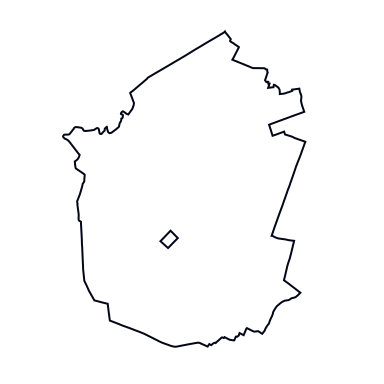 Ghiroda, Timis, Romania (Albers equal-area conic projection), rotated 173°
{"feature_id": "2599482B97813764810262", "entity_name": "Ghiroda", "entity_type": "district", "adm_level": 2, "iso_a3": "ROU", "parent_name": "Romania", "parent_adm1": "Timis", "projection": "albers", "projection_center": [21.315, 45.786], "detail": "fine", "context": "isolated", "style": "outline", "palette": "ink", "viewbox_px": 384, "rotation_deg": 173, "n_neighbors": 0, "source": "geoboundaries", "source_scale": "gbopen_adm2", "svg_char_len": 5864}
<svg xmlns="http://www.w3.org/2000/svg" viewBox="0 0 384 384"><g transform="rotate(173 192 192)"><path d="M302.0,268.7L302.3,268.6L304.1,266.7L305.6,265.3L306.5,264.4L307.1,264.1L307.6,264.1L309.2,264.2L310.8,264.4L311.9,264.4L312.4,264.0L312.9,263.5L313.2,262.9L313.2,262.5L312.8,261.7L312.3,261.1L311.3,260.1L310.1,259.5L309.1,258.7L308.2,257.7L307.1,256.0L300.1,244.1L299.0,242.6L299.7,241.0L300.4,239.8L301.4,238.6L302.9,237.5L304.6,236.6L304.7,232.5L304.6,230.0L304.5,229.6L304.3,229.4L302.9,228.2L297.1,223.1L296.5,222.4L296.4,222.0L296.5,221.6L297.3,217.8L297.6,215.8L298.0,215.2L298.3,214.7L299.4,213.6L300.5,210.5L303.6,203.3L305.6,199.6L307.2,196.6L307.1,194.6L307.0,194.2L307.3,193.2L307.3,192.7L307.2,184.4L307.3,182.7L307.4,182.2L307.9,178.8L307.9,178.4L307.8,178.0L307.6,177.6L307.3,177.1L305.9,176.1L306.4,168.9L306.7,164.5L307.1,158.7L307.6,153.6L307.7,150.8L308.9,135.9L309.1,132.8L309.5,128.1L309.7,116.9L308.1,112.3L306.3,106.5L305.4,104.3L302.1,96.3L299.0,95.1L295.1,93.5L292.4,92.5L289.3,91.3L289.3,84.2L289.3,81.8L289.2,74.4L281.9,70.5L277.6,68.1L270.5,64.5L265.8,62.0L261.4,59.7L256.9,57.2L248.3,51.5L241.9,47.2L240.4,46.3L237.4,44.7L236.5,44.3L232.0,42.0L230.0,41.2L229.3,40.9L227.2,40.4L226.1,40.4L219.2,40.9L217.7,41.0L213.3,41.3L205.9,41.7L204.9,41.7L204.3,41.7L203.4,41.5L202.7,41.2L201.9,40.8L201.8,40.6L195.3,36.7L193.4,38.9L191.6,37.7L189.2,39.2L188.7,39.4L188.1,39.6L187.8,39.6L187.4,39.6L186.9,39.2L185.4,40.4L184.3,41.1L181.3,43.2L180.3,43.9L179.8,44.0L178.2,43.2L177.4,44.0L172.7,40.8L169.8,39.9L168.7,39.8L168.5,39.6L168.2,39.6L168.0,39.8L167.9,40.0L166.2,43.0L165.8,43.2L165.6,43.1L165.3,42.9L164.9,42.8L163.3,43.7L163.0,43.9L162.8,44.7L162.5,45.1L162.2,45.7L162.0,46.2L158.2,43.6L154.6,49.9L154.1,50.2L148.7,46.6L147.3,45.8L143.3,45.8L139.6,42.7L136.7,45.6L136.5,45.9L136.4,46.2L135.7,47.5L135.4,47.9L133.4,50.4L133.0,50.8L132.4,51.3L132.0,51.6L131.7,52.0L130.9,53.7L130.4,54.7L129.6,56.2L129.1,57.0L128.7,57.6L128.2,58.3L127.7,59.2L127.0,60.4L126.5,61.6L126.2,62.7L125.6,63.6L124.9,64.5L124.6,65.0L123.5,66.3L122.3,67.7L121.8,68.2L121.1,68.7L120.4,69.2L119.6,69.7L119.1,70.0L118.7,70.3L117.9,70.8L116.5,71.6L115.8,72.0L114.9,72.3L113.2,72.8L112.6,72.9L112.0,72.8L110.8,72.9L109.7,72.9L109.2,73.0L108.0,73.4L106.6,74.2L106.2,74.4L105.5,74.5L104.4,74.6L103.4,74.7L102.6,74.9L102.1,75.1L101.7,75.2L100.8,75.8L99.1,76.9L96.7,78.8L107.4,89.4L111.5,93.2L109.3,98.9L108.8,100.4L107.6,103.6L106.6,106.4L106.0,107.9L105.3,109.5L103.1,114.0L100.8,119.9L100.0,122.0L96.6,131.1L101.5,132.3L105.2,133.6L106.7,134.0L109.4,134.7L112.0,135.4L113.1,135.9L114.8,136.8L117.5,138.6L118.3,138.8L113.8,148.1L107.3,161.0L104.8,165.8L104.0,167.3L103.4,168.6L99.7,176.1L98.5,178.5L96.7,182.2L94.7,185.9L93.8,187.7L93.2,189.2L92.4,190.6L88.8,197.9L85.6,204.6L83.0,209.5L81.8,211.6L79.5,215.9L78.2,218.6L74.5,225.9L73.4,228.1L74.7,228.7L77.3,230.0L83.0,232.8L84.9,234.0L85.2,234.3L87.2,235.3L92.7,237.8L93.2,240.7L102.2,238.6L105.2,238.0L105.9,242.1L107.3,249.4L100.1,251.1L92.5,252.9L89.4,253.6L85.3,254.6L80.0,255.8L70.8,257.9L71.1,259.2L71.3,260.4L71.5,261.2L71.6,261.7L72.0,263.4L72.3,265.5L72.5,266.8L72.6,268.3L72.7,268.9L72.7,269.3L72.5,270.1L72.2,271.3L72.0,272.2L71.8,273.1L71.8,274.0L71.9,274.8L72.0,275.5L72.3,276.6L72.5,277.4L72.7,278.2L72.9,281.5L80.1,281.4L80.0,280.6L80.0,280.4L80.1,280.2L80.4,280.1L81.9,279.8L83.7,279.3L84.9,279.2L87.5,278.6L90.0,278.4L91.2,278.5L92.9,278.5L92.7,280.4L92.6,281.4L92.7,282.9L92.9,283.6L93.1,284.3L93.3,284.6L93.8,285.3L95.3,286.8L96.6,287.9L97.1,288.3L97.7,288.4L98.4,286.1L103.7,286.1L101.9,290.0L102.9,290.1L102.8,291.7L103.5,291.7L103.5,292.2L104.9,292.2L105.9,294.0L104.5,296.8L103.6,298.8L102.3,301.5L102.6,301.8L102.5,303.2L102.5,304.4L103.7,304.7L104.5,305.5L105.0,306.0L105.5,306.1L108.5,306.5L115.3,307.4L116.6,307.6L117.3,308.0L118.5,308.7L130.5,315.4L135.1,318.0L135.6,318.3L135.8,318.4L134.3,320.4L128.4,329.1L127.8,330.1L129.0,331.2L131.9,333.7L132.9,334.7L134.9,336.2L135.6,336.8L135.7,337.1L135.8,337.3L135.6,337.7L134.9,339.0L135.8,340.6L139.3,346.2L139.7,347.3L140.5,346.6L150.4,342.2L160.2,338.0L166.2,335.3L173.3,332.2L181.9,328.2L203.8,318.7L210.7,315.7L214.0,314.3L222.0,310.8L222.9,309.8L231.9,303.9L238.1,299.8L241.1,298.1L241.3,297.8L238.8,287.6L238.8,287.2L239.0,286.5L239.4,285.0L239.9,284.2L240.3,283.2L240.8,282.5L241.1,281.7L241.7,281.1L245.1,277.5L245.8,276.7L246.8,277.2L247.1,277.4L247.7,277.8L247.8,278.0L248.4,278.5L250.0,280.0L250.8,280.5L251.3,280.3L252.2,279.7L252.3,279.5L252.6,279.2L253.0,278.7L253.0,278.4L253.0,278.2L252.9,278.0L252.7,277.7L252.4,277.6L252.1,277.5L251.5,277.2L251.3,276.9L251.2,276.3L251.3,276.0L251.6,274.9L251.7,274.6L251.8,274.4L251.9,274.2L252.0,274.0L252.4,273.7L253.2,273.5L253.3,273.0L253.3,272.5L253.4,272.1L253.6,271.8L253.8,271.3L254.0,270.8L254.1,270.5L254.8,270.0L254.9,269.8L255.4,269.0L256.5,265.9L256.7,265.6L257.0,265.3L258.7,264.2L258.9,264.0L264.6,260.7L265.0,260.6L266.7,260.4L267.4,261.1L267.6,261.3L267.8,261.5L268.0,262.0L268.6,265.4L268.6,265.8L268.5,266.8L268.6,267.1L268.8,267.1L269.1,266.8L269.7,266.3L270.8,265.6L270.9,265.2L271.0,264.9L271.0,264.6L271.1,263.8L271.3,263.5L271.6,263.3L272.1,263.0L273.2,262.1L274.7,260.7L275.8,260.8L276.1,260.9L276.3,261.1L276.4,261.4L276.6,261.7L276.6,262.0L276.8,264.5L276.8,265.3L276.9,265.8L277.0,266.1L277.1,266.4L277.5,266.6L277.8,266.9L278.3,267.0L279.1,266.9L279.7,266.5L280.9,266.0L281.2,265.7L281.6,265.6L282.1,265.5L283.0,265.5L286.1,265.4L289.5,265.5L290.7,265.6L291.6,265.9L291.9,266.1L292.0,266.3L292.2,266.6L292.4,267.1L292.5,267.5L292.8,268.0L293.1,268.5L293.7,269.0L294.5,269.4L295.7,269.7L296.2,269.9L296.8,270.0L297.4,270.2L298.0,270.3L299.2,270.6L299.6,270.6L300.0,270.5L300.4,270.4L300.7,270.3L301.0,270.1L301.4,269.7L301.7,269.2L302.0,268.7ZM229.3,147.0L218.0,156.2L211.7,148.0L222.6,139.3L229.3,147.0Z" fill="none" stroke="#020617" stroke-width="2"/></g></svg>